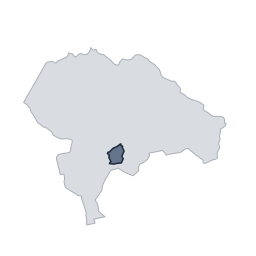 Fangak, Jonglei, South Sudan shown in context, rotated 168°
{"feature_id": "79223893B14796875108361", "entity_name": "Fangak", "entity_type": "district", "adm_level": 2, "iso_a3": "SSD", "parent_name": "South Sudan", "parent_adm1": "Jonglei", "projection": "robinson", "projection_center": [30.661, 9.044], "detail": "fine", "context": "in_parent", "style": "filled", "palette": "slate", "viewbox_px": 256, "rotation_deg": 168, "n_neighbors": 0, "source": "geoboundaries", "source_scale": "gbopen_adm2", "svg_char_len": 3860}
<svg xmlns="http://www.w3.org/2000/svg" viewBox="0 0 256 256"><g transform="rotate(168 128 128)"><path d="M202.3,199.9L195.2,208.0L194.7,208.4L193.8,209.1L191.0,209.1L188.0,208.7L185.2,206.6L182.5,208.2L180.7,208.7L179.7,208.9L177.2,209.2L173.7,210.0L172.1,211.1L171.3,212.0L170.6,213.6L170.2,213.7L169.6,213.5L168.7,212.9L166.8,212.0L165.9,210.0L165.0,208.8L164.3,208.1L161.4,210.1L160.0,210.6L158.8,210.6L156.6,209.4L154.3,208.5L153.1,208.5L151.3,209.7L149.2,211.5L148.1,213.3L147.6,214.3L146.9,212.7L146.2,211.7L145.2,211.3L143.2,211.7L142.7,211.1L142.6,209.7L142.3,208.4L141.8,207.5L140.3,206.5L136.4,204.6L133.3,200.7L131.8,198.9L130.7,197.8L129.1,194.7L127.3,192.6L125.2,191.7L123.7,192.1L122.2,194.4L119.5,196.5L118.2,196.6L116.5,195.4L114.5,194.6L110.8,194.3L109.2,195.3L107.2,196.9L105.5,197.8L104.5,197.9L103.5,197.6L102.4,197.3L101.4,197.3L99.5,195.8L98.4,194.8L97.8,193.7L96.6,193.0L95.3,192.4L94.4,191.5L93.9,190.3L93.2,188.9L92.2,187.5L89.2,185.1L88.3,183.7L87.7,182.3L86.5,180.8L85.2,178.7L84.7,175.8L84.7,173.4L84.4,172.2L83.8,171.1L83.2,170.2L82.1,169.1L79.7,167.6L77.2,165.8L75.9,164.7L73.6,164.4L72.2,163.3L71.1,161.1L70.6,159.3L69.5,157.9L69.0,156.9L68.7,155.7L69.6,152.1L68.3,150.9L66.3,149.3L64.8,147.5L64.0,145.8L61.4,143.7L55.8,140.4L52.6,138.3L50.8,136.5L49.3,134.7L49.1,133.9L50.1,132.1L50.3,130.6L49.5,129.0L46.1,125.9L43.4,122.5L41.4,121.4L36.5,120.4L35.1,120.1L33.7,119.4L32.2,117.9L31.7,116.1L32.5,113.1L32.0,112.3L31.2,112.0L31.4,111.4L32.3,110.0L33.9,109.1L37.9,107.6L38.1,107.1L38.2,105.3L38.5,104.4L39.9,101.9L40.1,100.9L40.2,98.7L40.4,97.7L40.8,97.0L41.9,95.7L42.3,95.0L42.5,93.3L42.4,90.1L42.9,88.8L45.5,85.9L46.2,84.5L46.4,83.4L46.4,82.2L46.5,81.0L47.3,79.8L47.9,79.5L49.8,79.1L51.1,79.3L60.0,77.3L61.1,77.6L61.5,78.8L61.5,80.7L61.6,81.6L62.1,82.3L63.5,83.2L64.5,84.7L65.0,85.3L66.4,86.3L73.0,95.0L74.9,95.8L76.7,95.5L80.3,93.7L82.1,93.3L94.8,93.8L96.2,93.5L96.3,93.6L98.2,97.9L99.1,98.9L112.9,99.0L112.7,97.7L112.8,96.3L115.3,93.7L115.6,93.3L117.8,92.1L119.8,91.2L123.8,90.2L125.3,88.6L126.1,87.2L126.2,84.4L126.7,83.9L127.6,83.2L132.3,80.7L133.1,80.2L141.3,86.1L145.9,90.7L146.1,91.0L146.4,91.0L146.6,90.9L146.8,90.7L147.4,90.5L149.4,90.4L153.1,90.2L154.3,89.6L161.8,81.3L163.7,78.6L164.1,78.1L165.2,76.2L166.4,72.9L166.6,72.5L174.8,64.7L175.0,64.1L175.1,63.6L173.9,61.0L173.6,59.7L173.6,57.6L173.8,54.4L173.7,52.4L173.6,51.8L173.5,51.7L169.0,46.0L180.5,45.9L180.5,45.2L180.3,44.3L180.1,43.4L180.1,42.8L180.2,42.4L180.2,42.1L180.2,41.9L180.2,41.7L188.5,41.8L188.4,43.4L187.4,47.3L187.4,49.6L187.2,52.2L186.9,52.9L186.5,53.6L186.4,53.9L186.4,54.2L188.1,68.8L188.0,69.4L187.5,70.4L187.4,70.7L187.4,70.9L187.6,71.1L191.4,72.6L191.6,72.7L191.7,72.9L193.1,74.7L200.6,81.7L200.9,82.1L201.7,84.2L201.8,84.6L201.8,85.1L201.8,85.5L201.6,86.8L201.7,87.4L201.8,87.8L201.9,88.2L201.9,88.4L201.8,88.7L200.7,91.2L200.4,93.0L200.3,94.5L200.3,95.4L200.4,96.0L200.6,96.2L200.7,96.3L203.9,96.3L203.9,97.1L204.3,110.3L204.4,111.8L204.2,113.7L203.9,114.4L202.9,115.4L201.8,116.4L198.9,116.6L196.4,116.6L194.7,116.4L192.3,116.3L190.1,116.5L189.3,117.3L186.3,124.4L185.4,126.1L185.2,127.2L185.5,127.8L186.6,128.7L189.1,129.9L192.0,130.6L194.2,130.9L195.7,131.3L196.8,131.7L200.9,134.9L202.2,136.3L203.0,137.7L203.2,139.1L203.8,140.5L207.5,144.9L211.1,146.9L212.5,149.3L213.8,150.4L215.0,151.7L215.7,153.5L217.3,158.8L218.3,161.5L219.4,163.8L219.8,167.5L220.7,169.2L221.6,171.2L223.0,173.0L224.5,174.4L224.8,174.7L209.4,192.0L202.3,199.9Z" fill="#d9dde1" stroke="#a8b0b8" stroke-width="1"/><path d="M138.2,113.7L138.8,113.9L142.9,112.1L146.8,111.3L151.2,108.4L152.4,108.5L153.4,107.3L152.0,105.1L152.9,103.2L151.7,98.7L153.3,97.6L153.5,97.0L149.3,95.6L146.2,95.7L141.8,95.2L139.9,97.8L139.1,98.7L139.8,101.7L136.7,106.1L136.8,107.0L137.6,110.5L137.1,111.2L138.6,112.7L138.2,113.7Z" fill="#64748b" stroke="#1e293b" stroke-width="1.5"/></g></svg>